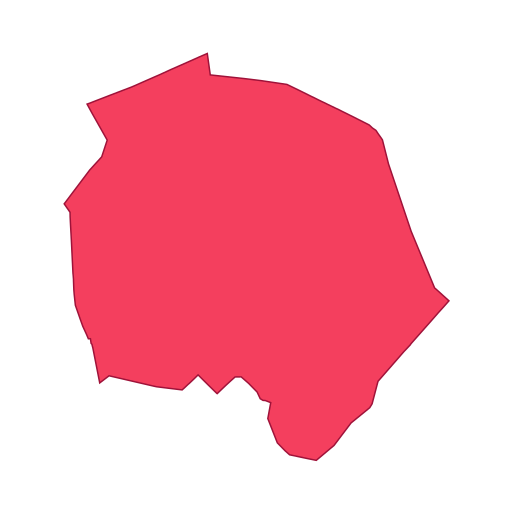 Ķegums, Ogre, Latvia (Mercator projection), rotated 279°
{"feature_id": "27541924B39135801304013", "entity_name": "Ķegums", "entity_type": "district", "adm_level": 2, "iso_a3": "LVA", "parent_name": "Latvia", "parent_adm1": "Ogre", "projection": "mercator", "projection_center": [24.717, 56.74], "detail": "fine", "context": "isolated", "style": "filled", "palette": "rose", "viewbox_px": 512, "rotation_deg": 279, "n_neighbors": 0, "source": "geoboundaries", "source_scale": "gbopen_adm2", "svg_char_len": 1634}
<svg xmlns="http://www.w3.org/2000/svg" viewBox="0 0 512 512"><g transform="rotate(279 256 256)"><path d="M106.2,121.5L114.7,129.6L111.5,174.8L111.3,178.2L112.2,204.0L114.4,205.8L118.7,209.1L119.7,210.0L124.8,213.9L129.5,217.4L121.2,228.9L114.1,238.9L114.0,239.2L123.6,246.5L128.5,250.4L133.3,254.3L134.3,260.3L129.0,268.7L121.8,278.4L115.7,282.5L114.5,285.5L114.7,287.8L113.5,293.5L97.3,293.1L74.8,306.3L68.1,315.3L64.9,320.3L64.0,338.1L63.6,347.5L77.2,359.3L81.1,362.7L93.1,369.1L106.0,376.0L124.0,392.1L128.2,393.8L151.3,396.1L184.8,417.1L192.4,422.3L193.6,422.8L220.3,439.8L228.6,445.0L235.0,449.2L241.9,453.6L246.4,446.7L251.5,438.9L252.4,437.4L256.5,434.9L304.8,405.3L367.6,372.5L390.5,362.7L391.8,361.5L396.2,357.2L398.1,355.5L398.9,354.7L400.4,351.5L400.7,350.9L403.1,347.4L410.7,323.7L412.2,318.8L413.8,313.9L414.2,312.3L416.4,305.0L416.6,304.5L416.7,304.1L416.8,303.6L417.8,300.5L418.8,297.0L419.9,293.4L420.9,290.3L421.9,287.1L421.9,286.9L422.0,286.6L426.2,273.2L430.3,259.7L430.0,233.3L429.4,216.5L427.7,182.5L448.4,176.2L443.4,168.3L442.7,167.3L427.0,143.0L419.1,131.1L418.3,129.8L412.9,121.4L409.5,116.1L405.6,110.1L403.4,106.6L392.7,88.0L389.6,82.7L383.1,71.5L381.2,68.3L379.6,65.4L370.9,72.1L347.2,90.9L329.8,88.1L314.9,78.3L288.8,64.4L277.5,58.4L270.1,65.5L265.6,66.3L258.4,67.8L242.1,71.3L210.4,77.9L208.1,78.5L204.3,79.4L203.1,79.6L198.5,80.5L194.0,81.4L191.9,81.9L189.8,82.4L188.7,82.7L179.1,85.3L167.0,91.8L159.5,95.9L154.7,99.1L152.3,100.7L148.0,103.4L148.4,105.4L143.9,106.8L143.1,107.8L142.9,107.9L142.0,108.2L140.4,108.9L140.3,109.0L106.2,121.5Z" fill="#f43f5e" stroke="#9f1239" stroke-width="1.5"/></g></svg>